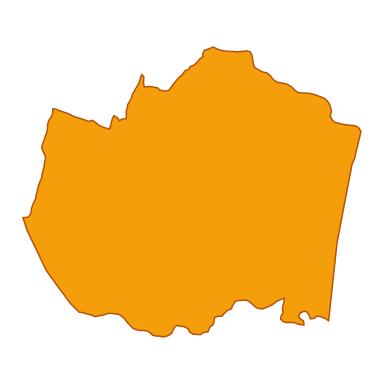 Itagibá, Bahia, Brazil (Albers equal-area conic projection)
{"feature_id": "56859067B58161696770023", "entity_name": "Itagibá", "entity_type": "district", "adm_level": 2, "iso_a3": "BRA", "parent_name": "Brazil", "parent_adm1": "Bahia", "projection": "albers", "projection_center": [-39.84, -14.244], "detail": "fine", "context": "isolated", "style": "filled", "palette": "amber", "viewbox_px": 384, "rotation_deg": 0, "n_neighbors": 0, "source": "geoboundaries", "source_scale": "gbopen_adm2", "svg_char_len": 2830}
<svg xmlns="http://www.w3.org/2000/svg" viewBox="0 0 384 384"><path d="M92.7,120.3L88.6,121.4L84.8,120.0L82.0,119.0L79.3,118.2L75.9,117.2L72.3,115.7L67.9,113.5L63.5,112.0L59.3,110.7L56.1,109.3L52.7,108.7L52.9,112.7L51.3,116.6L49.1,120.0L47.6,124.0L47.5,128.3L46.9,132.4L45.4,135.7L44.2,140.1L42.5,144.1L41.7,148.1L43.7,152.7L45.3,156.1L45.4,159.3L44.5,162.3L44.1,166.8L42.5,172.4L41.3,178.9L39.6,182.4L38.3,186.4L37.2,191.2L36.2,194.6L35.7,198.5L33.4,203.3L31.7,207.8L31.2,211.2L30.3,214.8L27.7,217.3L23.0,217.7L27.0,230.2L43.9,265.6L46.5,270.9L59.1,288.2L70.2,303.2L73.4,306.5L79.3,312.3L83.0,312.6L87.6,314.1L90.7,314.7L94.9,316.6L99.7,315.7L104.0,314.9L108.3,313.3L113.5,313.6L119.0,314.4L122.6,317.0L124.7,318.8L126.9,322.1L129.5,324.6L132.9,328.3L138.4,330.3L142.9,330.5L147.1,330.8L150.2,332.9L152.6,335.3L156.4,336.1L159.6,336.1L162.3,336.9L165.5,336.5L168.6,335.3L171.9,333.1L173.0,330.2L174.5,327.2L177.1,325.4L179.8,326.2L183.5,326.5L188.0,328.6L189.7,332.1L193.2,334.3L196.7,334.3L200.3,334.7L203.7,332.4L207.9,331.8L209.9,327.0L213.1,324.7L214.1,321.1L214.6,317.6L217.7,316.2L221.7,316.3L224.9,312.8L227.9,310.1L231.4,308.9L232.8,305.1L235.7,301.1L239.4,300.4L243.1,300.3L246.5,300.1L250.0,302.1L253.4,305.1L256.2,307.6L259.4,308.6L262.3,309.0L267.3,307.1L272.7,304.5L276.4,301.5L279.8,299.9L284.1,298.1L284.3,301.0L283.2,304.4L282.4,308.8L283.1,313.0L281.2,315.5L280.7,319.2L283.5,321.9L286.4,322.5L290.8,322.5L294.4,322.6L298.5,324.3L303.9,325.1L303.6,321.1L298.7,317.4L299.7,313.3L303.4,311.5L306.2,311.3L309.1,315.2L310.5,318.9L313.8,318.4L316.7,316.3L320.1,316.5L324.8,318.2L328.6,320.8L337.0,242.9L347.6,187.4L352.1,164.0L354.7,158.3L355.3,155.0L361.0,131.6L358.8,127.9L355.5,125.9L350.9,125.3L346.1,124.9L341.8,124.1L338.8,123.2L335.3,122.6L332.3,120.1L330.3,116.1L331.3,111.4L330.3,106.1L328.3,102.3L325.5,99.1L321.8,97.2L317.9,95.8L314.9,94.7L311.8,93.9L308.0,93.2L304.9,93.1L300.9,92.9L298.0,92.6L295.2,90.5L291.6,87.0L287.7,84.4L283.6,83.3L279.9,82.7L276.6,81.9L273.0,79.4L270.0,75.2L266.6,72.8L262.8,72.0L258.8,69.9L254.9,67.8L253.3,64.3L252.8,60.3L252.2,56.0L250.3,52.0L246.9,50.9L242.4,51.4L236.9,51.8L232.2,51.4L228.5,51.4L224.4,50.9L221.1,50.4L217.7,49.3L213.3,47.1L208.4,49.0L204.2,50.4L202.8,53.6L202.8,56.8L199.4,59.3L196.9,62.5L193.4,65.4L190.0,66.7L188.7,69.4L185.2,70.7L181.7,75.2L178.0,78.5L175.3,81.8L172.5,85.4L169.2,89.9L165.9,91.2L163.0,90.6L160.1,90.3L157.2,87.7L152.5,86.9L147.9,86.5L144.3,87.1L143.5,82.8L143.7,79.6L143.8,76.4L141.7,74.6L140.1,79.1L139.2,82.3L137.2,86.2L135.6,88.7L134.1,91.6L132.1,94.8L131.3,98.8L129.3,101.9L127.6,104.9L127.2,108.6L126.1,111.6L126.4,115.2L126.1,118.8L122.2,119.0L119.4,120.7L117.4,117.9L114.0,115.6L112.6,118.2L111.5,121.8L110.7,125.6L109.4,129.1L104.4,127.7L99.4,125.6L95.7,122.6L92.7,120.3Z" fill="#f59e0b" stroke="#b45309" stroke-width="1.5"/></svg>